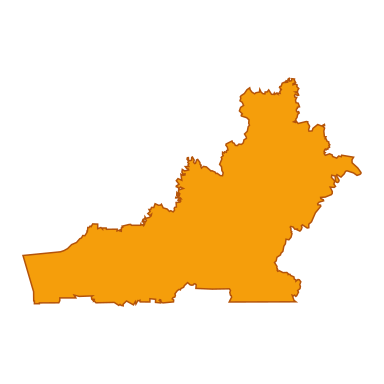 Stratford District, Manawatu-Wanganui, New Zealand
{"feature_id": "76426892B63659956028788", "entity_name": "Stratford District", "entity_type": "district", "adm_level": 2, "iso_a3": "NZL", "parent_name": "New Zealand", "parent_adm1": "Manawatu-Wanganui", "projection": "albers", "projection_center": [174.669, -39.151], "detail": "fine", "context": "isolated", "style": "filled", "palette": "amber", "viewbox_px": 384, "rotation_deg": 0, "n_neighbors": 0, "source": "geoboundaries", "source_scale": "gbopen_adm2", "svg_char_len": 6025}
<svg xmlns="http://www.w3.org/2000/svg" viewBox="0 0 384 384"><path d="M23.0,255.5L33.6,291.7L33.7,300.9L34.4,301.0L34.4,303.7L39.4,303.7L39.4,302.9L58.8,302.8L59.8,300.7L59.8,297.9L75.8,297.9L74.1,295.1L79.3,296.4L92.4,295.9L91.4,296.6L91.7,299.1L92.6,300.0L93.0,299.2L94.3,299.4L93.7,301.3L94.3,301.1L96.0,302.8L114.2,302.4L118.8,305.4L120.0,304.4L121.1,305.4L123.2,305.8L123.1,304.3L126.5,301.0L133.5,304.9L135.3,301.7L135.9,304.1L137.9,300.5L139.3,300.9L139.9,300.3L140.2,301.9L149.9,302.0L149.9,298.7L155.6,299.3L155.5,302.4L160.5,302.9L160.3,301.2L159.2,300.3L159.8,299.6L160.6,299.8L161.3,302.3L163.0,302.9L173.5,301.9L173.7,300.0L172.2,298.9L173.1,297.6L174.9,297.0L175.4,295.2L174.9,293.9L177.2,290.8L179.0,289.4L180.4,289.9L180.9,288.6L183.6,287.3L184.4,285.6L187.6,282.6L190.2,284.9L191.9,285.2L193.5,284.8L194.2,283.7L195.4,284.0L196.2,284.8L195.9,288.4L212.3,289.1L229.4,288.8L230.5,290.5L229.8,292.4L230.5,295.3L231.2,295.6L231.6,297.2L229.2,302.0L295.9,301.8L294.0,300.4L292.2,295.2L293.6,295.8L294.6,295.1L295.8,296.4L296.7,295.7L298.5,292.1L297.6,290.6L300.0,288.6L300.4,286.3L299.7,284.7L300.8,281.8L299.3,279.8L298.0,279.5L295.9,281.2L295.9,279.9L294.3,279.1L293.9,276.9L290.7,275.5L289.9,274.3L288.2,274.5L288.4,273.9L286.9,272.5L283.0,272.6L279.2,270.7L277.8,271.3L277.1,270.1L277.7,269.5L276.8,267.8L277.0,266.4L274.5,262.5L276.2,260.9L276.9,257.3L280.5,254.9L280.9,253.3L282.9,251.3L283.8,246.3L285.4,243.8L286.0,239.2L288.9,239.8L291.0,237.3L292.0,233.6L291.2,232.5L291.8,231.8L290.9,230.6L291.0,228.7L290.2,227.1L290.8,226.4L293.1,227.0L294.8,229.2L297.2,229.1L296.9,229.7L299.9,231.1L301.3,229.6L302.0,227.3L301.4,225.8L302.4,224.8L307.2,228.0L308.8,227.7L308.8,224.2L311.5,221.8L315.4,212.8L320.8,206.2L320.5,205.1L317.8,204.8L317.6,203.7L319.2,202.1L323.6,200.8L323.3,199.7L320.8,198.6L320.6,197.4L325.2,197.1L331.4,194.6L332.2,193.5L332.3,191.5L330.1,187.1L334.1,187.4L335.5,186.4L333.9,184.0L334.7,181.0L331.4,177.3L331.8,175.2L335.1,176.0L335.6,181.0L336.2,182.1L337.7,182.5L338.7,181.7L339.1,180.2L336.4,175.6L337.0,174.6L341.0,177.1L344.2,173.9L345.5,171.4L346.9,170.8L353.5,172.9L357.0,175.4L359.9,174.4L360.9,173.5L361.0,172.5L357.7,167.9L352.1,162.8L352.0,159.8L353.6,157.2L341.7,155.2L341.3,156.7L338.7,156.0L336.7,158.1L332.6,156.5L332.2,154.9L329.6,153.8L325.3,155.3L324.2,153.6L325.3,152.6L324.0,151.9L324.7,149.6L325.3,149.1L326.4,150.4L326.0,149.1L327.8,149.2L327.8,148.3L329.6,147.2L328.9,145.4L329.8,144.8L328.7,143.3L328.8,142.0L327.0,141.1L326.1,138.9L325.1,138.7L326.0,136.8L324.4,136.7L323.8,131.0L324.6,128.1L322.6,126.2L324.6,125.6L324.4,124.4L321.6,126.0L317.7,124.5L313.0,128.3L312.1,130.9L309.0,131.2L308.6,129.8L309.6,126.2L307.7,123.0L307.8,121.8L306.3,121.5L298.1,123.5L296.5,121.5L295.7,122.5L293.6,121.8L296.0,120.5L295.8,119.2L297.0,117.5L297.7,114.3L299.2,113.0L298.6,111.6L297.3,112.1L296.4,110.9L296.4,109.2L297.4,108.4L297.4,107.3L299.5,106.8L298.2,103.2L296.0,102.7L295.5,100.0L296.7,97.5L294.8,97.1L294.5,95.4L295.3,94.2L297.6,95.5L298.7,95.1L297.8,93.1L295.5,92.0L297.5,91.8L297.8,90.0L298.8,88.6L296.8,86.6L297.1,84.9L295.3,84.0L293.0,84.8L293.0,83.8L295.6,82.5L294.3,80.1L294.5,79.0L291.8,78.7L291.5,80.7L289.6,81.1L289.1,79.5L289.7,78.4L289.3,78.2L288.0,79.2L287.7,82.2L286.1,82.4L287.2,81.1L286.1,80.7L285.6,81.7L282.2,83.2L281.2,86.1L279.8,86.6L279.5,87.6L280.7,88.5L280.5,89.5L281.2,89.6L279.8,91.8L280.2,93.4L277.4,93.1L277.9,94.2L276.1,93.3L274.9,94.3L274.3,93.0L273.7,94.4L271.5,94.3L268.7,89.9L267.2,91.9L265.1,92.0L264.9,93.9L263.0,93.7L261.2,92.3L259.8,89.4L259.4,92.1L256.0,92.7L254.6,93.8L251.9,92.1L250.2,89.8L249.7,87.8L247.0,89.7L244.4,93.5L241.1,95.7L240.3,96.8L240.8,98.2L240.0,100.8L242.2,102.3L243.6,105.4L240.6,107.4L239.4,110.9L242.3,113.9L241.2,115.2L241.4,116.0L246.7,117.7L249.0,119.9L248.7,123.3L249.5,125.2L248.2,126.7L247.3,131.3L244.5,134.0L246.3,137.0L246.4,138.4L244.0,139.8L243.3,142.8L241.5,144.4L238.9,144.1L237.3,145.6L235.4,145.4L234.1,143.2L232.6,142.6L232.0,141.0L226.1,144.0L225.9,145.3L227.3,147.1L228.0,150.0L226.6,150.5L226.4,152.3L224.7,151.8L224.2,153.0L222.6,152.2L222.5,154.4L223.2,155.6L221.2,157.4L221.9,158.9L219.6,164.4L221.5,166.7L221.9,170.6L223.2,172.8L222.5,175.7L220.3,175.6L217.2,173.3L215.9,173.5L215.1,172.1L211.9,170.7L211.0,171.0L206.4,166.9L203.5,166.4L201.5,168.1L200.7,165.9L201.2,165.2L200.1,164.3L199.9,162.5L197.7,159.4L196.6,159.9L195.5,163.3L194.8,163.6L193.6,162.4L194.2,160.1L192.4,157.0L191.7,157.4L191.5,160.2L189.9,160.7L188.5,160.3L188.4,157.6L187.4,157.7L187.0,159.2L188.5,161.0L187.8,162.6L188.9,163.7L188.0,165.0L188.8,166.5L185.3,166.6L186.7,168.5L188.5,169.0L188.7,170.0L184.6,170.9L182.3,169.4L181.9,172.1L183.0,174.2L185.0,173.8L185.0,174.9L182.9,175.4L180.9,174.3L181.8,180.3L178.0,178.6L176.3,180.7L179.0,184.2L176.3,186.0L176.2,186.7L178.1,187.4L178.7,188.6L180.5,187.0L183.4,188.5L178.6,190.0L178.4,192.4L179.8,193.7L179.3,195.5L176.9,192.6L176.7,195.4L178.5,196.2L177.5,197.2L175.8,197.2L175.7,197.9L180.3,197.8L181.1,198.8L179.4,198.6L177.9,200.2L178.7,200.8L180.5,200.3L180.7,201.2L179.9,202.2L176.1,202.5L176.4,207.0L174.7,207.4L174.2,208.3L174.5,210.3L173.1,211.9L170.8,210.7L169.4,211.4L167.1,209.0L163.2,207.9L161.4,204.2L160.6,205.1L158.6,205.3L155.1,203.7L153.8,207.5L151.5,207.4L150.7,209.5L149.0,209.5L150.1,211.5L147.8,213.6L150.0,215.5L151.5,214.2L151.2,215.8L149.4,217.4L146.0,218.3L145.0,216.8L144.9,218.5L146.4,220.4L145.4,222.0L143.8,221.1L144.0,218.9L143.0,219.4L142.2,221.8L143.8,221.9L143.9,223.6L144.7,223.9L143.6,225.8L143.1,225.4L143.4,224.5L141.6,224.8L140.9,223.9L140.7,225.3L131.4,225.3L130.7,224.4L129.0,224.5L122.1,226.2L122.7,227.3L121.4,227.9L121.3,231.3L119.8,230.9L120.1,229.9L117.0,230.9L117.2,229.2L106.4,229.3L106.2,228.0L102.6,228.0L102.6,229.2L100.9,227.5L97.7,228.7L97.7,224.1L92.7,223.9L91.1,226.7L90.1,226.1L89.1,227.5L87.8,227.5L87.5,230.8L86.9,231.1L87.3,231.8L84.9,235.7L82.8,235.5L81.5,237.9L79.8,238.7L76.5,242.5L71.6,244.6L67.6,248.6L64.0,250.6L60.5,251.8L23.0,255.5Z" fill="#f59e0b" stroke="#b45309" stroke-width="1.5"/></svg>